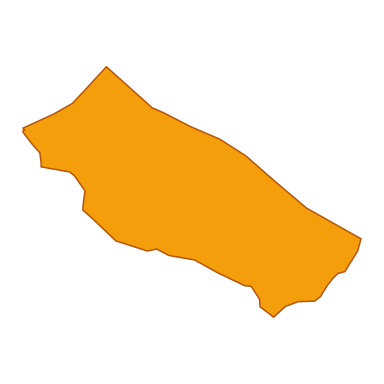 the district of Kerki, Chardzhou, Turkmenistan
{"feature_id": "10190150B1660542161476", "entity_name": "Kerki", "entity_type": "district", "adm_level": 2, "iso_a3": "TKM", "parent_name": "Turkmenistan", "parent_adm1": "Chardzhou", "projection": "mercator", "projection_center": [64.9, 38.442], "detail": "fine", "context": "isolated", "style": "filled", "palette": "amber", "viewbox_px": 384, "rotation_deg": 0, "n_neighbors": 0, "source": "geoboundaries", "source_scale": "gbopen_adm2", "svg_char_len": 1043}
<svg xmlns="http://www.w3.org/2000/svg" viewBox="0 0 384 384"><path d="M93.6,80.7L72.5,103.3L52.9,114.5L52.5,114.6L23.0,128.1L24.5,130.1L23.1,130.6L23.2,132.5L32.6,144.7L39.8,152.8L41.1,162.4L41.1,166.9L69.8,172.0L74.6,176.0L85.0,190.9L83.6,200.6L82.8,209.9L97.5,223.4L97.7,223.6L116.0,241.0L130.3,245.5L141.7,249.2L147.1,251.0L148.4,250.7L156.7,249.1L158.3,249.9L168.9,255.5L174.6,256.5L190.9,259.3L194.6,260.0L213.4,270.4L217.7,272.8L232.5,279.9L233.0,280.1L244.7,285.7L251.1,286.3L251.8,287.3L259.5,299.2L260.1,306.9L263.2,309.2L267.3,312.3L273.6,317.2L274.9,316.0L280.7,310.7L284.3,307.5L285.8,306.2L292.9,303.7L294.4,303.1L298.0,301.7L298.3,301.7L314.7,301.1L320.5,296.6L322.4,293.4L323.7,291.2L324.4,290.2L327.6,285.0L330.8,281.0L332.7,278.6L335.7,275.6L337.8,273.5L338.5,273.3L344.9,271.6L349.9,263.4L353.2,258.3L354.5,256.1L357.7,251.0L361.0,238.8L359.7,238.1L306.4,208.0L273.0,179.7L246.0,156.0L219.8,139.2L190.1,126.4L163.8,112.9L152.2,107.8L106.4,66.8L93.6,80.6L93.6,80.7Z" fill="#f59e0b" stroke="#b45309" stroke-width="1.5"/></svg>